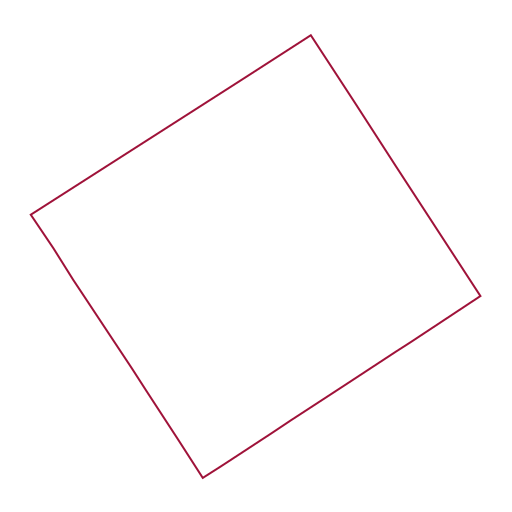 Winnebago, Wisconsin, United States of America (Equal Earth projection), rotated 147°
{"feature_id": "52423323B37520871784820", "entity_name": "Winnebago", "entity_type": "district", "adm_level": 2, "iso_a3": "USA", "parent_name": "United States of America", "parent_adm1": "Wisconsin", "projection": "equal_earth", "projection_center": [-88.588, 44.069], "detail": "fine", "context": "isolated", "style": "outline", "palette": "rose", "viewbox_px": 512, "rotation_deg": 147, "n_neighbors": 0, "source": "geoboundaries", "source_scale": "gbopen_adm2", "svg_char_len": 417}
<svg xmlns="http://www.w3.org/2000/svg" viewBox="0 0 512 512"><g transform="rotate(147 256 256)"><path d="M89.6,100.2L89.8,255.5L89.6,332.4L89.8,411.3L173.1,411.6L422.4,413.3L421.7,372.8L422.3,335.3L422.1,316.2L421.7,271.4L421.3,229.3L421.4,203.0L421.3,143.9L421.5,98.9L399.2,98.7L397.4,98.7L338.5,98.9L316.1,99.2L255.7,99.3L190.6,99.6L172.5,99.5L89.6,100.2Z" fill="none" stroke="#9f1239" stroke-width="2"/></g></svg>